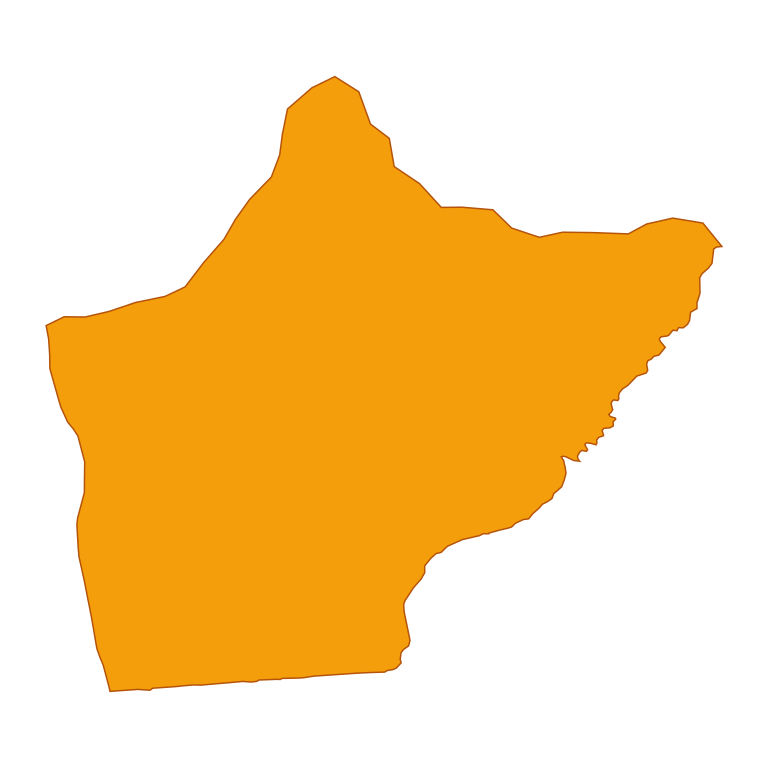 the district of Grande Sido, Moyen-Chari, Chad
{"feature_id": "50815135B5443465425830", "entity_name": "Grande Sido", "entity_type": "district", "adm_level": 2, "iso_a3": "TCD", "parent_name": "Chad", "parent_adm1": "Moyen-Chari", "projection": "albers", "projection_center": [18.707, 8.449], "detail": "fine", "context": "isolated", "style": "filled", "palette": "amber", "viewbox_px": 768, "rotation_deg": 0, "n_neighbors": 0, "source": "geoboundaries", "source_scale": "gbopen_adm2", "svg_char_len": 4367}
<svg xmlns="http://www.w3.org/2000/svg" viewBox="0 0 768 768"><path d="M110.0,691.4L119.5,690.7L137.9,689.4L138.0,689.4L144.7,689.9L150.0,690.2L152.8,688.2L169.9,687.0L172.9,686.8L174.5,686.7L178.7,686.3L178.9,686.3L179.6,686.2L182.2,685.9L190.0,685.2L192.5,685.0L196.6,685.0L196.8,685.0L200.8,685.1L227.5,682.8L227.8,682.8L243.1,681.4L243.5,681.5L250.7,682.0L251.2,682.0L254.3,681.7L256.9,681.3L258.4,680.4L259.1,680.0L277.2,679.3L277.4,679.3L277.7,679.3L280.2,679.5L282.1,678.4L300.0,678.0L303.2,677.7L304.6,677.6L306.1,677.3L312.3,676.4L314.2,676.1L315.6,676.0L346.6,673.9L348.4,673.8L349.2,673.7L355.2,673.3L362.1,672.9L371.2,672.5L381.1,672.2L383.9,672.1L384.9,672.0L386.1,671.2L387.0,670.6L393.2,669.5L394.5,668.9L396.5,667.9L401.2,662.8L400.6,660.7L400.2,659.6L401.0,652.9L403.1,650.0L403.3,649.8L403.5,649.5L403.9,649.2L404.9,648.5L408.6,645.9L410.0,640.4L405.6,618.9L405.2,617.1L405.1,616.6L405.0,616.0L404.1,611.7L403.8,606.1L403.7,605.3L403.7,604.4L404.3,602.6L404.4,602.4L405.0,600.6L407.5,596.9L413.1,588.3L416.0,584.8L416.4,584.4L421.2,578.9L421.5,578.4L422.7,576.2L423.2,575.4L424.7,572.7L424.7,565.9L425.7,564.6L426.0,564.2L431.0,558.1L433.7,555.7L436.0,553.6L439.3,552.8L439.6,552.7L440.7,552.5L441.2,552.3L443.7,549.9L445.1,548.5L447.0,546.7L447.3,546.3L447.8,546.1L448.1,546.0L450.0,545.1L454.7,543.0L462.1,539.7L463.6,539.3L473.2,537.1L475.2,536.6L476.5,536.3L479.4,535.7L483.2,533.7L486.7,533.8L486.9,533.8L488.7,533.8L488.7,533.6L488.7,533.2L489.2,533.0L496.1,531.1L496.5,531.0L499.9,530.0L500.2,530.0L502.2,529.5L507.3,528.3L507.7,528.2L511.6,527.0L511.7,526.9L515.5,523.2L523.4,519.5L525.2,519.3L525.4,519.3L528.7,518.8L531.0,515.9L532.5,513.9L535.5,511.3L539.4,507.8L539.6,507.6L542.4,504.2L547.0,501.9L551.9,498.6L553.9,493.3L554.0,493.3L555.3,492.3L556.1,491.7L561.6,486.8L564.2,480.1L564.7,478.4L564.7,478.2L565.6,474.8L566.0,473.5L565.6,470.6L564.9,465.8L564.7,465.4L564.5,465.1L563.7,460.7L561.5,457.2L561.3,456.8L562.3,456.5L563.3,456.2L566.0,456.8L570.6,459.0L572.7,460.0L574.0,460.6L574.4,460.6L574.8,460.6L579.5,461.2L579.4,461.1L577.8,458.5L577.7,457.7L577.5,456.0L578.1,454.9L579.9,451.8L582.0,450.4L586.4,451.3L587.6,449.8L586.5,447.8L586.3,447.5L584.8,444.7L585.8,443.2L586.8,443.0L587.4,442.9L587.5,442.9L589.4,443.2L589.5,443.2L590.7,443.3L596.1,444.8L596.9,443.1L596.6,440.0L597.2,439.3L597.3,439.2L598.7,437.4L601.4,436.4L601.5,436.4L603.6,435.6L602.1,430.4L603.8,428.4L605.1,428.2L610.1,427.8L613.3,425.9L613.2,424.3L613.1,421.8L614.3,420.6L615.7,419.2L615.6,418.7L615.4,418.1L610.4,416.6L608.7,414.4L611.0,412.4L611.6,411.4L612.2,410.6L612.7,409.8L611.2,404.1L611.7,401.7L612.7,400.8L612.8,400.6L613.6,399.9L617.8,400.5L618.2,399.9L618.8,399.0L618.6,396.9L618.6,395.7L619.0,393.9L619.1,393.7L619.3,392.8L622.6,388.8L625.6,386.9L627.8,385.4L636.8,376.1L646.2,373.0L647.7,370.4L646.6,364.1L648.0,360.5L650.9,359.4L651.8,358.5L653.8,356.4L657.9,355.3L658.1,355.3L659.0,355.0L665.2,347.4L663.1,344.7L661.6,343.0L660.6,341.7L660.1,340.9L660.0,340.7L659.4,339.7L659.7,338.1L660.7,337.2L660.8,337.2L661.2,336.8L667.1,336.0L668.8,335.2L672.0,331.3L672.5,330.6L672.9,330.2L675.0,330.4L675.1,330.5L677.0,330.7L678.5,327.6L682.1,327.8L682.5,327.8L683.2,327.8L686.7,325.0L686.8,324.9L687.7,324.1L688.3,322.9L688.4,322.7L689.6,320.4L689.8,318.4L689.9,317.8L690.6,312.2L692.7,311.0L692.8,310.9L697.0,308.5L697.0,308.2L697.0,306.5L697.0,306.2L696.9,303.0L698.8,297.1L700.0,293.3L699.7,277.8L701.9,273.9L702.1,273.7L702.6,273.2L708.5,268.0L709.3,266.8L709.5,266.6L712.0,263.3L713.7,248.9L716.8,247.0L721.9,246.5L702.9,223.1L672.8,218.1L646.7,224.0L628.3,233.9L593.1,232.6L562.6,232.2L539.3,237.3L511.7,228.1L492.9,209.8L461.9,207.2L441.3,207.4L419.5,183.6L394.2,166.6L389.3,138.4L370.5,124.1L358.8,91.8L334.8,76.6L311.9,87.8L287.5,109.0L282.4,134.3L279.7,154.9L271.4,177.0L249.8,199.2L235.4,219.4L224.0,239.3L203.5,262.8L185.1,286.9L165.1,296.4L135.5,302.5L109.2,311.4L85.1,317.0L64.1,316.8L46.1,325.6L46.7,328.7L48.6,338.7L49.3,348.9L49.7,355.5L49.7,357.6L49.9,368.7L59.2,401.6L61.0,407.5L67.7,422.1L73.1,428.7L77.9,435.9L84.7,461.9L84.4,485.4L84.4,492.4L80.9,505.7L77.6,518.1L76.9,525.0L77.6,537.2L78.2,547.7L78.6,552.1L79.0,556.8L84.2,580.3L84.6,582.4L87.9,599.3L89.2,605.6L91.5,617.5L94.0,631.8L95.5,640.8L96.1,644.2L97.0,649.0L99.7,656.7L103.3,665.4L109.3,688.0L110.0,691.4Z" fill="#f59e0b" stroke="#b45309" stroke-width="1.5"/></svg>